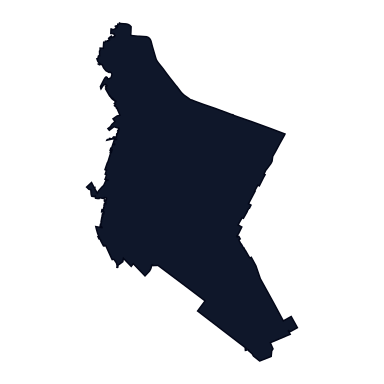 the district of Sector 4, Bucharest, Romania
{"feature_id": "2599482B40400618914194", "entity_name": "Sector 4", "entity_type": "district", "adm_level": 2, "iso_a3": "ROU", "parent_name": "Romania", "parent_adm1": "Bucharest", "projection": "mercator", "projection_center": [26.104, 44.382], "detail": "fine", "context": "isolated", "style": "filled", "palette": "ink", "viewbox_px": 384, "rotation_deg": 0, "n_neighbors": 0, "source": "geoboundaries", "source_scale": "gbopen_adm2", "svg_char_len": 5724}
<svg xmlns="http://www.w3.org/2000/svg" viewBox="0 0 384 384"><path d="M245.2,348.7L245.4,350.4L248.4,349.7L248.8,350.9L252.1,353.7L253.5,356.1L259.7,361.0L271.2,356.4L271.7,350.9L273.0,348.9L270.3,342.7L287.0,335.6L290.2,334.3L288.3,330.9L288.7,330.6L289.9,331.6L290.5,331.5L297.4,327.7L291.2,316.5L283.3,320.9L273.7,303.0L260.3,278.7L255.9,265.8L251.3,257.3L250.2,258.0L249.1,256.9L245.5,250.6L245.3,250.7L244.0,248.1L243.7,248.4L241.4,244.2L241.1,244.3L238.8,239.9L240.2,238.9L238.9,236.5L238.6,236.3L237.2,237.1L236.7,236.2L238.6,233.5L241.8,227.0L238.1,225.0L238.7,223.9L239.0,223.1L242.1,217.7L243.3,218.3L243.6,217.7L243.7,217.8L247.1,211.8L247.0,211.7L248.0,209.7L249.2,208.0L249.5,208.1L251.0,205.1L248.5,203.7L255.1,191.2L254.6,191.0L257.8,185.1L259.3,185.9L263.5,177.5L265.1,174.7L264.0,174.1L265.7,170.4L267.2,168.5L270.9,163.5L271.4,162.6L272.1,161.1L272.6,157.2L272.7,156.4L275.4,151.7L279.7,143.7L284.5,135.1L285.0,134.0L270.5,128.5L252.7,122.0L233.7,115.4L233.3,114.9L232.6,114.6L232.1,114.7L215.2,108.4L203.5,104.4L196.1,101.7L193.0,100.5L191.7,99.9L191.2,100.0L189.3,99.0L189.2,98.7L184.3,95.3L182.2,93.4L180.7,91.7L176.9,86.6L175.8,85.4L172.3,80.9L169.6,77.5L165.9,72.6L163.3,69.0L158.4,62.9L157.2,61.2L156.5,60.0L156.0,58.8L155.4,56.8L152.4,46.5L151.0,41.1L150.3,39.5L149.4,38.3L147.9,37.2L146.3,36.7L139.0,36.2L137.7,36.2L132.0,35.6L131.0,35.2L130.7,34.8L130.9,32.4L131.1,26.7L129.6,25.2L128.1,24.4L127.1,24.1L126.0,23.9L121.7,23.6L120.6,23.5L119.5,23.0L119.2,24.2L117.8,24.1L117.5,26.6L116.5,25.8L116.3,25.8L115.3,26.2L115.3,26.5L116.6,27.9L116.3,28.1L114.2,29.3L113.3,29.5L112.9,29.5L112.4,29.7L111.9,29.5L111.7,29.0L111.0,29.0L110.8,33.5L113.9,33.7L113.8,34.1L115.0,35.7L113.8,36.6L114.0,36.8L113.3,37.1L113.1,37.0L112.0,37.5L111.8,36.8L111.3,36.1L110.8,36.5L111.0,37.1L110.7,37.0L109.9,37.2L110.0,37.6L109.3,37.7L109.5,38.5L108.7,38.6L108.8,38.9L109.5,39.9L109.1,40.2L108.6,40.4L108.6,40.6L107.6,40.7L107.6,41.3L105.5,41.2L105.5,41.4L105.2,41.9L104.8,42.2L103.7,42.2L103.3,48.3L100.1,48.1L100.1,50.4L99.5,51.1L99.6,54.2L99.6,55.5L99.3,55.4L98.3,56.2L98.3,57.7L97.7,58.2L97.7,58.7L96.9,58.8L97.7,61.1L98.4,62.1L98.8,62.6L99.7,63.4L99.5,63.7L98.4,64.1L99.4,64.8L100.4,64.5L101.0,64.3L101.8,64.7L102.2,64.7L103.5,67.7L103.8,68.1L104.0,68.2L104.1,68.5L105.9,70.7L109.0,72.4L109.4,71.7L110.5,72.3L111.1,72.5L112.0,74.5L111.0,77.6L110.7,78.0L108.0,79.0L107.5,79.1L107.3,77.7L107.2,77.5L106.1,76.9L105.4,77.5L104.9,78.0L103.8,79.9L100.4,86.6L101.0,87.9L100.7,88.1L101.0,88.9L102.7,86.2L103.7,85.1L104.1,84.9L104.3,84.6L104.8,84.6L105.6,84.3L106.3,85.4L106.3,85.5L106.1,85.8L106.4,85.8L106.5,85.9L106.9,85.7L107.0,85.9L106.8,86.0L105.6,87.0L106.4,88.3L105.6,88.9L109.6,95.9L110.0,95.7L110.5,96.5L110.4,96.6L111.3,97.5L111.1,97.7L112.0,98.7L112.4,98.2L112.6,98.3L112.5,98.5L113.1,98.9L112.8,99.4L113.5,100.0L113.8,99.6L114.6,100.4L115.5,100.9L115.3,101.1L115.6,101.3L115.2,101.7L115.6,102.0L114.3,103.6L115.6,104.6L114.5,105.7L117.2,108.0L116.7,108.3L117.2,108.8L120.0,115.2L119.0,115.6L117.2,115.9L113.0,118.8L115.0,121.6L112.1,124.2L111.8,124.5L110.4,126.7L107.9,128.6L109.3,130.3L114.0,126.7L118.9,128.3L118.7,129.2L119.0,129.3L118.8,129.8L118.6,129.7L118.4,130.4L118.1,130.3L118.0,130.5L117.8,130.5L117.7,130.7L118.2,130.8L118.1,131.1L118.4,131.2L118.4,131.5L118.2,132.0L117.9,131.9L117.4,133.7L117.0,133.7L116.9,134.1L116.7,134.1L116.6,134.9L116.9,135.0L116.6,136.0L116.4,137.0L116.2,136.9L116.1,137.2L115.0,137.0L113.9,136.9L113.9,137.5L113.0,137.5L112.9,137.8L112.9,138.0L113.1,138.0L113.1,138.4L110.1,139.0L110.0,138.4L109.7,138.4L109.8,139.0L107.2,139.6L106.9,140.2L111.3,139.2L113.7,138.8L115.1,138.8L115.0,139.1L116.5,139.3L116.4,139.5L115.6,139.3L115.5,139.6L114.4,139.5L113.0,143.9L113.6,144.1L113.8,143.6L114.1,143.7L113.9,144.2L114.7,144.4L114.6,144.7L112.9,144.1L111.5,148.4L110.8,148.2L110.1,150.5L110.5,150.7L110.9,149.3L112.3,149.7L112.2,150.0L111.9,150.6L111.5,150.5L111.4,151.0L111.7,151.1L111.4,152.1L110.5,151.8L110.4,152.0L110.2,152.6L110.8,152.8L110.5,153.5L108.1,161.3L107.3,163.1L107.2,163.1L105.0,169.6L105.6,169.8L105.6,170.0L106.5,170.2L105.2,174.2L106.0,174.5L106.1,174.8L106.5,175.0L106.4,175.4L105.5,178.1L105.0,179.4L105.6,179.6L105.8,179.7L106.3,179.5L106.6,180.2L107.8,179.8L107.9,180.1L105.7,181.0L103.9,185.0L103.6,185.5L102.0,187.0L98.6,190.9L97.3,193.2L96.9,192.4L95.2,189.4L94.9,189.5L94.9,187.4L94.1,187.5L91.5,182.5L86.6,187.1L88.9,189.3L90.8,189.8L91.1,194.0L91.6,196.1L91.8,196.3L94.2,196.6L95.2,196.1L95.5,198.2L98.0,198.6L99.2,198.5L99.4,197.7L104.1,198.6L104.4,197.5L104.6,197.5L106.4,198.0L106.2,199.0L106.5,199.0L106.3,200.2L104.5,199.9L104.3,200.8L104.9,200.9L104.8,201.8L105.8,201.9L105.6,203.1L105.7,203.8L104.4,203.6L104.1,204.9L104.0,205.5L104.3,205.6L104.2,206.2L103.9,207.7L103.7,207.6L103.2,209.8L102.0,209.6L101.7,211.1L101.6,211.9L102.0,211.9L102.1,211.4L102.4,211.1L103.6,211.3L103.4,212.2L104.0,212.3L103.7,214.0L102.5,213.8L102.1,215.9L102.6,216.0L102.5,216.3L102.3,217.6L101.8,217.5L101.1,221.3L101.5,221.4L101.4,222.1L101.2,222.0L100.7,224.7L100.4,224.6L100.1,226.3L101.2,226.5L101.1,227.1L102.1,227.3L102.0,227.7L95.8,226.6L96.5,229.5L97.7,233.6L99.1,237.1L98.1,236.9L99.0,238.9L99.5,239.0L100.4,239.5L100.7,240.7L103.4,245.8L103.9,245.5L104.0,245.9L104.5,246.0L105.7,245.5L111.8,258.9L112.2,259.6L113.4,259.3L114.0,259.4L116.4,262.9L116.6,263.5L117.1,265.8L116.8,268.0L117.1,267.4L117.8,267.2L117.9,266.0L118.2,265.1L118.7,264.6L119.2,264.4L122.8,261.7L123.4,258.3L131.2,266.4L133.3,263.7L145.0,275.9L149.5,271.1L149.9,270.4L150.6,269.1L151.0,268.1L151.4,266.5L151.5,265.2L152.5,264.8L152.5,265.6L158.0,265.4L183.2,284.3L200.1,297.1L205.1,300.9L197.6,311.0L246.2,348.3L245.2,348.7Z" fill="#0f172a" stroke="#020617" stroke-width="1.5"/></svg>